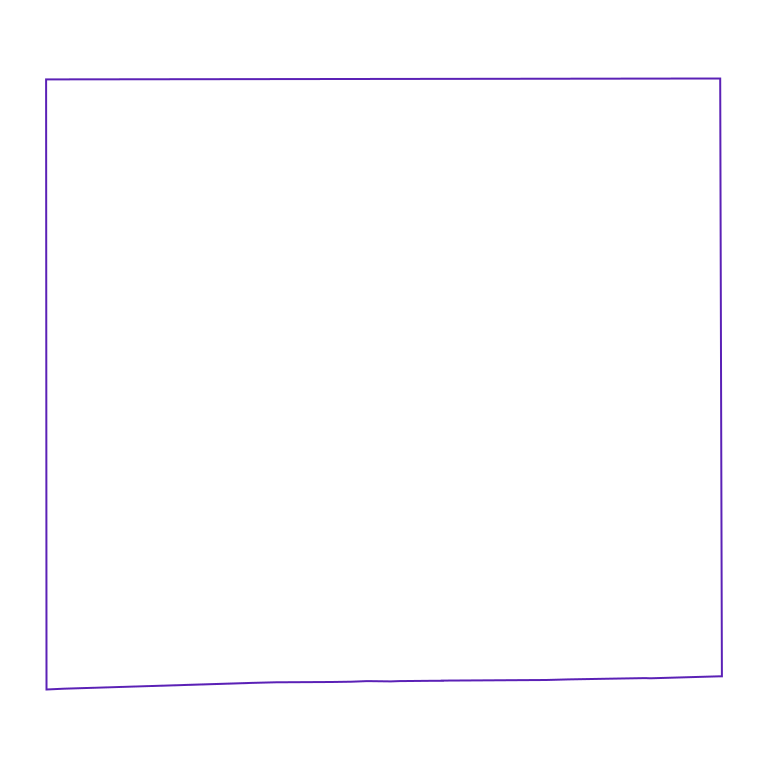 Appanoose, Iowa, United States of America (Mercator projection)
{"feature_id": "52423323B22987820366787", "entity_name": "Appanoose", "entity_type": "district", "adm_level": 2, "iso_a3": "USA", "parent_name": "United States of America", "parent_adm1": "Iowa", "projection": "mercator", "projection_center": [-92.849, 40.741], "detail": "fine", "context": "isolated", "style": "outline", "palette": "violet", "viewbox_px": 768, "rotation_deg": 0, "n_neighbors": 0, "source": "geoboundaries", "source_scale": "gbopen_adm2", "svg_char_len": 384}
<svg xmlns="http://www.w3.org/2000/svg" viewBox="0 0 768 768"><path d="M46.1,79.4L46.5,689.5L63.8,688.7L251.7,682.9L275.4,682.3L331.4,682.0L351.6,681.7L367.2,681.1L390.9,681.4L399.2,681.1L432.0,680.8L442.4,680.8L442.3,680.6L546.2,680.0L568.5,679.4L609.2,678.7L645.5,678.1L650.2,678.3L720.0,676.3L721.9,676.3L720.2,78.5L46.1,79.4Z" fill="none" stroke="#5b21b6" stroke-width="2"/></svg>